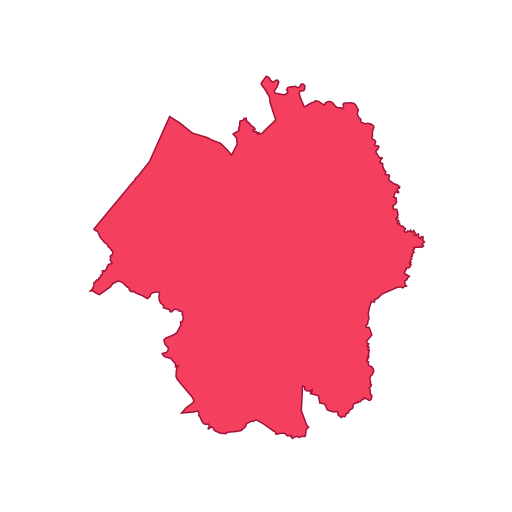 Jolalpan, Puebla, Mexico (Mercator projection), rotated 112°
{"feature_id": "50627088B30927628561887", "entity_name": "Jolalpan", "entity_type": "district", "adm_level": 2, "iso_a3": "MEX", "parent_name": "Mexico", "parent_adm1": "Puebla", "projection": "mercator", "projection_center": [-98.941, 18.299], "detail": "fine", "context": "isolated", "style": "filled", "palette": "rose", "viewbox_px": 512, "rotation_deg": 112, "n_neighbors": 0, "source": "geoboundaries", "source_scale": "gbopen_adm2", "svg_char_len": 6092}
<svg xmlns="http://www.w3.org/2000/svg" viewBox="0 0 512 512"><g transform="rotate(112 256 256)"><path d="M94.8,315.5L97.9,310.5L100.3,307.2L100.9,306.9L102.5,304.1L105.7,301.7L108.2,300.6L122.5,288.7L137.8,295.6L139.6,295.8L142.1,299.6L140.5,299.5L141.6,301.7L140.6,302.3L141.6,304.3L141.5,305.7L140.8,306.0L139.2,304.1L138.4,304.7L137.2,307.0L137.1,309.0L135.9,310.8L134.1,315.5L131.9,316.7L133.1,318.3L133.0,318.7L134.8,318.6L136.8,321.3L138.5,321.1L141.3,319.9L143.9,320.0L146.0,318.8L151.4,322.9L154.1,318.0L159.6,315.3L171.6,316.5L168.4,322.4L164.8,331.0L165.0,340.8L164.4,345.2L165.9,360.8L161.2,376.5L159.0,388.3L208.3,390.1L226.8,395.5L228.8,396.8L232.3,397.0L233.4,397.8L291.8,416.4L292.5,414.7L292.5,412.0L296.9,407.6L300.2,401.6L300.6,398.9L302.9,396.3L303.5,393.8L305.0,392.3L305.2,390.8L306.0,390.1L307.9,389.6L310.3,390.9L311.4,391.0L311.9,390.1L314.2,389.8L316.8,386.6L319.2,389.8L320.3,389.5L322.0,390.1L323.4,389.6L327.0,390.7L326.5,391.8L327.4,392.9L330.4,391.6L331.6,392.0L332.1,392.9L333.7,392.4L334.8,392.7L335.4,393.5L336.8,393.2L337.9,394.7L341.1,395.7L341.6,396.4L343.5,395.2L347.8,395.3L350.4,396.5L349.4,394.4L350.2,391.3L350.5,386.6L338.8,379.2L335.4,378.6L330.7,374.3L330.5,370.1L333.2,363.5L333.1,362.1L335.1,360.4L335.7,359.0L335.5,357.2L334.6,356.5L335.4,353.1L335.3,346.5L336.3,340.8L333.2,339.1L330.6,339.3L328.8,338.0L326.3,334.4L325.8,331.8L330.7,330.6L333.4,328.9L335.4,326.8L336.4,323.3L338.7,322.4L338.1,316.2L339.6,314.9L339.7,313.6L335.6,311.3L335.1,307.9L335.9,306.9L335.4,306.1L335.7,303.1L338.1,302.5L338.8,301.1L342.3,299.8L344.5,300.0L345.4,301.3L346.9,300.6L347.5,299.7L356.7,300.7L359.6,302.5L366.0,309.0L367.5,309.8L368.7,309.8L371.8,307.4L374.0,302.9L375.3,302.5L376.8,302.2L379.0,302.9L381.5,306.4L382.8,305.1L383.6,302.3L382.9,296.8L386.1,290.4L387.8,289.6L387.7,289.0L388.9,289.1L388.6,287.9L387.4,287.5L387.2,286.9L388.8,287.3L391.8,287.0L397.6,285.1L400.1,282.5L411.0,261.9L413.1,259.8L413.7,259.3L415.9,259.6L423.3,264.1L429.5,266.2L423.9,255.1L422.1,253.1L421.7,251.4L424.1,249.3L425.2,249.6L426.6,247.0L429.5,244.4L430.6,242.6L431.1,241.5L430.8,239.0L429.6,237.1L431.5,235.1L432.4,235.8L434.1,235.7L434.2,235.3L431.2,233.4L431.6,231.0L433.0,229.8L433.5,228.0L433.7,222.9L432.1,217.5L429.9,216.1L426.2,208.7L423.3,204.2L418.1,201.8L414.8,201.9L410.7,198.1L410.3,196.5L407.8,194.6L408.9,185.8L411.8,174.0L411.7,173.0L412.4,171.5L413.6,171.1L413.3,169.6L411.5,167.3L409.9,163.8L409.9,162.1L411.1,159.6L409.2,155.9L411.0,155.4L411.4,153.5L410.0,153.2L409.1,152.1L407.8,149.9L408.1,147.9L406.2,146.3L405.2,143.4L404.5,142.8L398.1,144.4L395.1,143.1L393.7,145.8L382.3,156.1L359.0,164.1L359.1,161.9L361.4,160.8L362.0,158.8L360.9,154.6L359.0,153.9L360.8,153.3L362.7,154.3L363.2,154.0L362.1,145.8L368.5,141.7L367.9,140.1L367.7,136.6L371.9,132.4L371.9,128.1L371.2,124.8L370.2,123.6L370.1,121.8L372.6,120.4L373.8,116.5L372.3,115.6L371.8,113.5L369.6,113.1L368.5,113.6L367.3,111.9L363.4,111.2L361.2,109.4L359.7,109.3L358.6,110.5L355.3,109.2L355.2,108.4L353.4,106.3L352.9,106.7L351.9,104.6L349.0,104.0L348.9,102.6L346.8,102.2L347.5,96.9L346.7,96.0L345.2,95.6L342.4,96.0L340.4,98.7L337.5,99.9L336.0,101.6L334.3,100.7L332.3,100.7L331.8,102.3L330.5,102.1L326.9,104.6L324.9,104.8L322.1,103.7L318.7,103.7L316.4,105.4L315.2,107.5L315.7,108.3L315.0,110.6L312.8,112.2L312.0,111.9L311.8,114.3L308.6,113.6L308.3,114.4L307.6,114.6L306.9,113.6L305.8,114.7L300.9,115.7L300.3,116.4L300.6,117.2L300.2,117.4L298.1,117.1L297.9,119.3L295.3,118.4L295.2,120.2L293.6,121.5L285.8,119.0L280.0,124.2L280.0,125.0L281.0,127.1L280.1,127.7L279.4,127.9L277.4,127.0L274.8,127.8L271.8,127.8L267.0,130.5L259.9,131.7L254.7,131.8L254.5,128.9L251.9,129.4L249.6,127.3L243.9,124.8L232.6,113.7L230.4,110.4L230.6,108.0L228.7,107.0L227.4,105.2L226.5,107.3L223.1,108.8L221.7,107.3L219.4,107.1L217.3,106.2L217.3,108.4L216.7,109.1L217.1,110.3L215.9,112.2L212.4,111.7L210.6,112.1L209.7,109.7L208.3,109.1L206.7,109.9L206.1,109.0L205.5,110.7L203.9,109.8L203.2,111.3L200.1,110.6L198.7,111.8L197.3,110.9L195.9,112.1L193.2,110.7L192.3,112.4L191.4,112.4L190.4,111.7L189.0,112.9L185.3,105.0L183.6,104.5L183.3,106.4L182.7,106.5L180.1,105.0L178.1,107.7L175.9,108.0L175.6,108.6L176.1,110.0L178.0,110.1L178.3,110.5L177.7,112.2L174.8,113.5L175.8,115.0L176.9,115.5L177.5,117.0L176.9,117.3L175.1,116.9L173.2,119.3L175.3,120.2L175.3,121.2L174.2,122.2L175.5,122.4L175.9,124.8L177.6,125.3L178.0,127.1L177.3,127.9L175.4,127.5L174.5,127.8L174.5,129.5L173.4,130.5L173.9,133.4L172.7,134.9L171.7,135.3L173.0,136.4L172.9,137.2L172.0,137.7L170.5,136.7L169.7,136.9L169.8,140.0L168.5,140.0L167.5,138.7L166.9,139.8L164.7,139.7L162.5,141.0L160.0,143.1L161.1,146.1L160.1,147.1L158.9,146.9L158.0,147.9L155.5,146.2L152.9,145.9L151.9,147.2L150.4,147.2L149.6,148.0L149.8,150.4L147.8,150.7L144.5,150.6L143.9,150.2L144.3,148.3L143.9,147.5L142.8,148.1L141.1,150.3L139.8,149.6L139.5,148.6L138.1,148.5L137.0,152.2L137.4,154.8L136.1,160.1L135.4,161.6L131.6,162.3L131.0,163.2L132.0,166.1L131.8,167.1L129.9,166.9L128.9,167.4L128.7,168.8L125.5,172.0L122.8,173.2L122.8,176.2L120.6,176.4L118.0,175.6L117.6,176.0L118.6,177.9L118.5,178.7L114.8,183.7L113.5,184.0L111.2,183.0L108.9,182.9L108.1,183.9L109.0,187.3L108.4,187.8L106.0,187.7L104.9,188.1L104.1,189.3L103.9,191.9L103.1,192.9L101.0,192.9L98.5,194.2L95.0,194.9L93.0,194.7L91.3,195.8L90.5,198.8L91.0,201.8L92.5,204.4L92.6,208.4L91.9,209.3L89.7,210.3L89.2,212.4L87.2,214.6L86.0,215.4L82.3,215.8L78.4,220.6L77.8,222.5L78.5,225.6L81.3,231.7L82.8,232.1L83.9,231.1L85.7,230.6L87.1,231.4L86.7,232.6L87.7,235.1L87.6,238.1L85.0,242.6L85.1,245.3L85.7,246.8L87.7,248.9L90.5,249.3L89.2,256.2L89.8,259.1L91.2,259.6L93.6,262.4L99.3,266.6L99.4,267.4L93.1,273.7L88.9,276.9L86.8,277.2L85.0,273.9L83.3,273.4L79.8,274.5L78.9,276.6L79.7,278.5L80.5,278.8L82.0,278.5L83.8,279.4L84.3,281.2L83.9,282.9L86.6,288.0L88.1,289.7L90.6,289.9L91.2,288.4L92.6,287.8L95.9,289.8L97.7,298.5L97.6,299.8L95.9,300.9L91.4,299.8L86.3,300.0L85.5,300.6L85.0,301.7L85.2,303.0L88.0,305.0L88.4,306.0L87.4,308.8L86.0,310.1L85.4,312.6L85.6,313.9L93.7,315.9L94.8,315.5Z" fill="#f43f5e" stroke="#9f1239" stroke-width="1.5"/></g></svg>